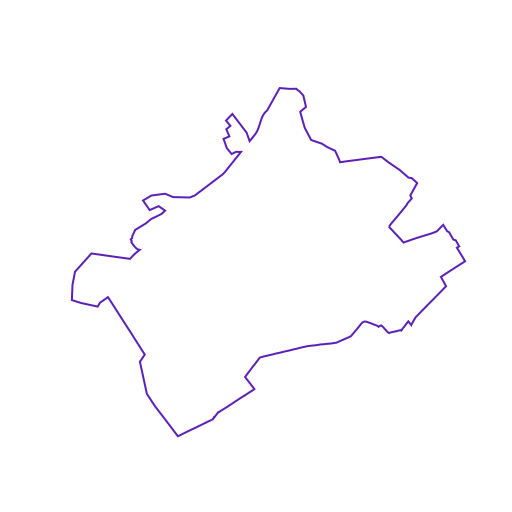 Ipiķu pag., Rujienas, Latvia, rotated 241°
{"feature_id": "27541924B90668433326116", "entity_name": "Ipiķu pag.", "entity_type": "district", "adm_level": 2, "iso_a3": "LVA", "parent_name": "Latvia", "parent_adm1": "Rujienas", "projection": "mercator", "projection_center": [25.158, 58.033], "detail": "fine", "context": "isolated", "style": "outline", "palette": "violet", "viewbox_px": 512, "rotation_deg": 241, "n_neighbors": 0, "source": "geoboundaries", "source_scale": "gbopen_adm2", "svg_char_len": 3887}
<svg xmlns="http://www.w3.org/2000/svg" viewBox="0 0 512 512"><g transform="rotate(241 256 256)"><path d="M192.5,434.8L189.9,426.2L190.3,422.7L190.8,419.8L193.8,405.6L193.9,405.2L196.3,391.5L200.4,390.7L206.5,389.1L213.4,387.4L216.4,386.6L217.7,387.5L217.8,387.7L217.9,388.1L218.8,390.0L221.5,397.2L221.8,398.0L225.4,407.1L227.4,412.1L228.7,414.1L230.8,420.1L231.5,420.1L231.9,420.2L233.2,420.3L234.0,420.3L234.3,420.5L235.5,422.5L238.6,427.4L241.6,432.3L244.5,431.4L248.5,430.0L248.9,429.6L250.6,427.4L260.1,423.9L260.7,423.8L266.5,420.9L273.7,417.3L282.0,413.7L288.9,396.4L291.0,391.0L294.8,381.5L297.1,375.4L297.2,375.0L301.5,375.6L303.2,375.7L305.6,375.9L309.7,376.2L316.4,371.3L316.6,371.2L319.5,369.6L322.3,368.1L322.6,367.8L325.7,365.0L328.8,362.2L329.8,361.3L330.7,360.5L335.7,360.6L340.6,360.7L342.6,360.7L344.5,360.8L348.5,361.7L352.5,362.6L356.6,363.6L360.7,364.6L361.2,367.1L361.7,369.6L361.7,369.8L361.9,370.8L362.2,371.9L362.2,372.0L373.0,375.1L373.5,375.2L377.8,374.1L378.6,374.1L381.2,372.7L382.7,372.4L385.7,366.7L391.3,358.3L391.4,358.1L377.9,336.3L377.9,336.2L377.6,335.0L377.3,334.0L377.1,333.4L376.5,332.0L376.0,331.1L375.4,330.0L374.6,328.8L374.5,328.7L373.7,327.7L373.0,326.9L367.4,320.9L366.1,319.4L364.7,317.6L363.6,315.7L363.0,314.6L362.4,313.2L359.5,306.1L368.4,307.6L371.2,307.2L391.7,304.2L389.0,295.4L382.2,296.7L381.3,291.5L373.5,290.7L374.2,284.4L364.7,282.8L357.0,284.1L356.8,289.0L354.3,293.3L350.6,284.3L344.9,270.4L344.3,269.0L343.8,267.2L343.4,265.5L343.3,264.5L338.6,231.8L339.3,226.4L347.7,212.1L354.5,206.7L359.6,193.9L359.3,184.1L347.7,185.3L346.8,195.0L339.7,198.5L338.6,193.7L338.8,188.8L339.2,182.4L337.9,175.1L337.4,163.0L333.3,157.4L331.6,156.2L331.3,154.5L329.3,154.5L328.4,153.6L326.4,153.9L322.5,154.5L321.1,154.9L319.3,155.7L317.8,157.3L316.4,150.1L314.6,144.4L322.0,134.5L338.0,113.3L330.0,90.1L319.7,81.5L311.0,76.2L306.7,73.6L299.9,80.0L288.5,93.0L290.9,97.1L290.9,98.2L291.7,105.7L291.8,106.6L290.7,106.7L261.0,108.6L250.6,109.3L223.7,110.9L219.8,103.2L188.3,93.7L173.9,94.8L153.7,97.8L136.2,100.3L135.7,111.3L135.2,119.4L135.0,122.7L134.5,132.9L134.1,138.9L134.7,140.1L134.8,140.3L135.0,140.6L134.8,140.6L136.7,145.0L137.5,146.9L137.4,146.9L137.7,150.8L137.7,151.0L138.0,157.0L138.0,157.5L138.8,167.4L139.4,175.5L139.4,176.0L139.6,178.6L139.4,178.6L139.4,179.0L139.6,179.3L139.7,180.7L140.1,187.0L140.3,189.6L140.4,190.1L155.3,187.8L155.5,187.8L157.4,192.0L157.7,192.7L158.5,194.5L159.8,197.5L160.4,198.6L161.8,202.2L162.9,204.6L163.8,206.7L164.8,208.9L165.2,210.0L165.2,211.0L164.8,212.2L164.4,214.1L163.6,216.6L163.0,218.9L162.2,221.6L161.6,223.8L161.2,225.7L160.4,228.2L159.6,230.8L159.1,232.8L158.4,235.4L157.4,238.7L156.4,242.3L156.1,243.7L155.6,245.2L154.9,247.8L154.2,250.5L153.4,253.3L153.3,253.5L152.5,256.4L152.2,257.2L151.0,260.3L150.1,262.4L149.7,263.3L148.7,265.7L147.2,270.0L146.3,271.7L144.9,275.2L143.0,279.4L142.0,282.3L141.2,284.1L141.0,286.8L140.3,294.4L140.2,295.4L140.1,296.4L139.9,298.2L139.9,299.1L139.8,300.0L139.9,300.4L140.3,301.4L140.7,302.3L141.0,303.2L143.5,309.7L143.8,310.4L145.1,313.7L145.6,314.9L145.9,315.7L146.3,317.0L146.1,318.6L146.1,319.1L145.3,320.4L144.6,321.0L144.3,321.3L141.1,324.2L138.4,326.3L137.0,327.6L135.6,328.6L134.7,328.8L134.7,330.4L134.8,331.5L134.6,331.9L132.3,332.7L125.8,334.2L124.7,334.6L124.4,334.8L124.5,334.9L124.4,335.0L124.2,335.4L124.0,336.1L123.2,339.0L122.4,341.4L122.5,341.4L121.0,346.6L120.9,347.1L120.7,346.6L120.3,346.9L121.5,349.2L122.2,351.1L123.4,353.7L125.0,357.5L120.4,358.3L120.5,358.4L123.7,363.6L123.9,364.0L124.1,364.4L125.0,365.8L125.6,367.9L129.6,381.1L130.4,383.9L132.1,389.8L135.3,400.6L137.4,407.6L148.1,407.6L148.9,418.9L149.6,429.1L149.8,432.9L150.0,436.3L155.0,436.2L165.6,435.7L165.9,435.7L165.9,437.9L165.9,438.4L172.9,438.3L174.6,436.6L182.9,436.4L183.5,436.3L184.9,435.2L192.5,434.8Z" fill="none" stroke="#5b21b6" stroke-width="2"/></g></svg>